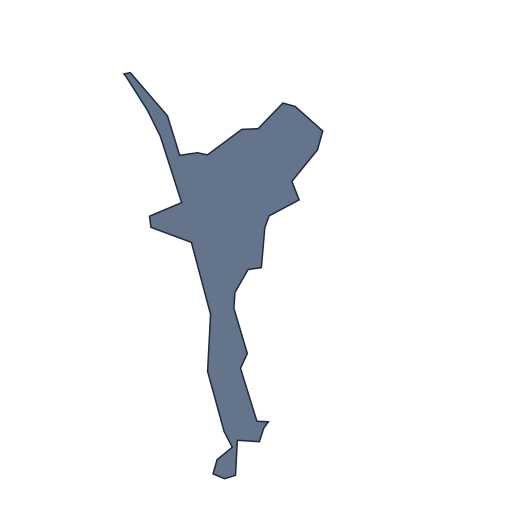 the district of Hagåtña, Guam, rotated 256°
{"feature_id": "77769853B92026365900832", "entity_name": "Hagåtña", "entity_type": "district", "adm_level": 2, "iso_a3": "GUM", "parent_name": "Guam", "parent_adm1": "", "projection": "mercator", "projection_center": [144.749, 13.472], "detail": "fine", "context": "isolated", "style": "filled", "palette": "slate", "viewbox_px": 512, "rotation_deg": 256, "n_neighbors": 0, "source": "geoboundaries", "source_scale": "gbopen_adm2", "svg_char_len": 712}
<svg xmlns="http://www.w3.org/2000/svg" viewBox="0 0 512 512"><g transform="rotate(256 256 256)"><path d="M464.5,171.8L463.0,172.8L423.7,185.9L395.5,192.1L327.9,196.6L325.8,196.8L320.4,162.3L309.2,161.0L284.8,196.6L210.4,197.8L155.7,181.1L93.4,182.6L76.2,186.7L67.8,169.0L55.0,161.6L47.5,171.6L48.2,183.1L81.7,193.3L75.0,214.4L86.9,221.7L92.2,227.9L95.4,216.9L150.8,213.8L163.5,224.0L210.5,221.9L225.7,226.7L244.8,245.1L243.4,258.3L248.0,260.0L281.3,271.4L291.8,278.5L300.0,311.4L319.8,308.9L344.1,341.3L361.1,351.0L391.6,330.2L397.9,319.1L379.0,288.8L382.3,272.8L365.9,233.4L369.5,225.8L370.3,224.5L372.2,206.3L413.4,204.0L464.4,178.3L464.5,171.8Z" fill="#64748b" stroke="#1e293b" stroke-width="1.5"/></g></svg>